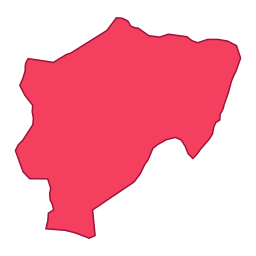 the border of Kayseri
{"feature_id": "TUR-2287", "entity_name": "Kayseri", "entity_type": "Province", "adm_level": 1, "iso_a3": "TUR", "parent_name": "Turkey", "parent_adm1": "", "projection": "natural_earth1", "projection_center": [35.883, 38.542], "detail": "fine", "context": "isolated", "style": "filled", "palette": "rose", "viewbox_px": 256, "rotation_deg": 0, "n_neighbors": 0, "source": "natural_earth", "source_scale": "10m", "svg_char_len": 1046}
<svg xmlns="http://www.w3.org/2000/svg" viewBox="0 0 256 256"><path d="M45.9,228.8L47.9,220.3L48.4,213.1L53.6,209.9L52.5,204.8L50.2,200.0L49.6,194.1L50.7,188.2L47.7,178.9L29.7,178.7L23.1,171.8L15.4,150.6L18.3,144.8L22.9,140.1L32.8,124.7L33.4,118.2L32.2,111.8L32.7,105.3L25.0,95.5L19.8,85.4L22.9,78.3L25.2,70.8L25.2,67.4L25.5,64.0L26.7,61.1L28.2,58.6L53.5,62.4L66.0,54.7L70.9,53.0L107.0,30.4L116.4,17.8L122.2,18.2L127.6,20.9L128.6,22.1L130.1,25.1L131.0,26.2L134.6,27.7L138.3,28.2L148.8,35.7L159.8,37.1L168.3,34.2L186.7,36.7L192.2,40.8L197.8,42.7L207.7,39.4L218.1,39.4L227.7,41.1L236.5,45.7L240.6,58.1L235.9,71.3L233.4,76.3L231.3,81.6L228.4,92.6L223.9,105.2L223.5,107.6L222.7,109.6L220.1,114.3L219.8,120.0L216.0,122.3L213.9,126.6L212.5,133.9L209.0,139.5L200.5,149.2L196.9,154.3L192.9,158.5L188.1,153.6L185.3,146.4L181.1,139.9L175.3,137.4L166.2,139.7L157.7,144.5L152.8,148.4L148.0,160.0L144.9,164.2L140.2,173.8L134.1,181.9L92.6,209.9L95.1,235.5L89.2,238.2L75.4,232.9L65.2,230.3L45.9,228.8Z" fill="#f43f5e" stroke="#9f1239" stroke-width="1.5"/></svg>